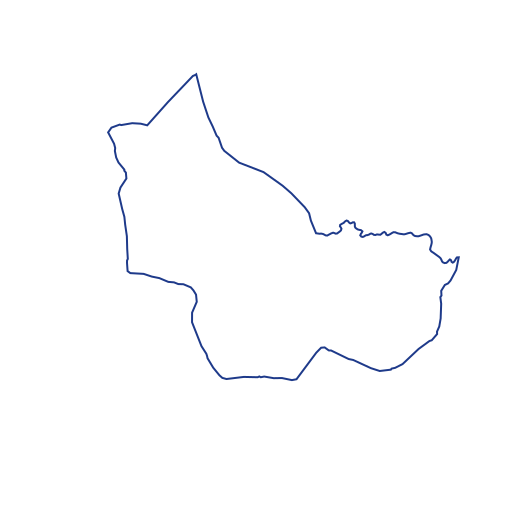 Acatenango, Chimaltenango, Guatemala, rotated 216°
{"feature_id": "79465075B13136333773356", "entity_name": "Acatenango", "entity_type": "district", "adm_level": 2, "iso_a3": "GTM", "parent_name": "Guatemala", "parent_adm1": "Chimaltenango", "projection": "robinson", "projection_center": [-90.976, 14.55], "detail": "fine", "context": "isolated", "style": "outline", "palette": "blue", "viewbox_px": 512, "rotation_deg": 216, "n_neighbors": 0, "source": "geoboundaries", "source_scale": "gbopen_adm2", "svg_char_len": 2928}
<svg xmlns="http://www.w3.org/2000/svg" viewBox="0 0 512 512"><g transform="rotate(216 256 256)"><path d="M238.7,147.7L236.9,146.4L235.1,144.8L225.0,140.5L215.5,138.0L211.6,137.6L209.5,138.4L207.6,139.1L194.8,151.0L183.4,158.9L182.5,160.5L180.9,160.7L178.5,163.3L169.8,167.6L163.3,172.5L154.0,176.7L150.8,180.1L150.4,213.2L149.4,220.1L146.7,222.4L141.6,222.4L139.7,223.7L120.5,227.1L116.3,229.0L97.1,232.8L88.3,235.7L80.1,243.3L80.1,244.6L77.7,247.3L73.9,254.7L69.8,276.4L65.7,289.2L64.3,291.1L63.6,299.3L65.1,301.2L66.3,306.7L69.9,314.0L78.1,326.2L82.7,331.1L82.7,333.0L85.7,336.7L86.2,343.6L84.5,346.7L84.2,350.5L85.8,362.4L91.2,374.1L92.6,373.0L92.7,371.6L92.4,369.5L92.4,367.7L92.9,366.3L94.3,366.2L95.7,367.2L97.1,367.2L97.4,365.7L97.5,364.4L97.9,362.4L99.3,361.1L101.3,360.7L102.7,361.2L104.1,362.1L105.5,362.7L107.3,362.9L108.8,362.9L111.0,362.9L114.4,362.9L115.8,362.8L117.1,362.8L119.0,363.6L119.5,364.7L120.1,366.2L120.6,367.7L121.1,368.9L121.6,370.0L122.3,371.0L123.7,372.4L124.7,373.3L126.3,374.0L127.5,374.3L128.8,374.4L130.8,373.9L132.3,372.6L133.2,371.7L134.1,370.3L135.1,368.9L136.2,367.4L137.4,366.6L138.4,366.0L139.6,365.5L141.2,365.5L143.3,366.0L144.7,365.7L146.3,363.9L147.1,362.8L147.9,361.7L149.0,360.5L150.1,359.9L151.1,359.4L152.7,358.5L154.6,357.7L156.1,357.3L157.4,357.0L158.8,356.0L159.4,354.8L160.2,352.8L160.7,351.7L161.6,350.2L163.1,349.9L164.7,350.9L166.3,350.9L167.1,349.4L167.5,347.6L167.9,346.3L169.5,345.3L170.8,344.6L171.8,343.1L173.1,342.4L174.6,342.4L176.1,341.9L176.7,341.0L177.1,339.9L178.1,338.4L179.1,337.6L179.7,336.4L180.1,335.3L180.8,334.2L182.2,333.6L183.8,334.0L184.2,335.8L184.1,337.0L184.4,338.5L186.4,338.6L187.7,337.9L189.3,337.3L191.1,337.2L192.2,337.3L193.2,337.8L194.2,339.1L195.2,340.4L196.5,340.9L197.6,340.0L198.0,338.9L198.9,337.8L200.6,337.8L202.0,338.3L203.5,338.0L204.1,336.8L204.4,335.7L204.5,334.4L205.5,332.4L206.2,330.7L205.6,329.4L204.3,329.0L202.9,328.3L202.3,326.6L202.6,325.1L203.1,323.6L203.6,321.9L204.7,320.9L206.1,320.6L207.3,320.2L208.5,318.4L209.0,317.3L209.7,315.9L210.4,314.4L211.8,313.6L213.5,313.4L214.7,313.2L216.5,312.4L217.6,311.4L220.8,309.7L232.4,316.9L238.2,321.8L245.2,324.1L264.3,327.5L275.8,328.5L299.2,328.3L324.5,321.6L343.4,322.4L347.1,323.6L355.8,329.7L358.6,330.2L367.1,335.3L376.0,340.1L389.5,349.8L411.2,367.9L411.6,366.7L412.9,364.5L413.7,358.4L417.7,328.8L420.8,297.8L427.0,295.3L434.2,290.7L442.0,282.7L443.5,282.2L448.4,274.9L448.3,269.1L436.8,263.4L433.4,260.6L431.9,258.0L427.0,253.5L422.2,250.8L413.3,248.5L412.7,247.6L410.3,247.0L406.4,242.5L405.9,231.7L403.8,225.8L391.9,215.4L385.5,210.3L380.3,204.5L372.1,196.1L364.1,185.7L358.0,178.3L357.7,176.6L356.3,174.6L351.0,168.3L347.6,168.3L336.4,175.5L328.2,178.1L321.2,181.3L311.8,183.5L306.8,186.5L302.4,187.6L298.1,190.5L290.3,192.3L286.4,191.4L281.8,189.5L277.0,184.1L274.4,172.6L268.8,164.8L247.1,151.0L238.7,147.7Z" fill="none" stroke="#1e3a8a" stroke-width="2"/></g></svg>